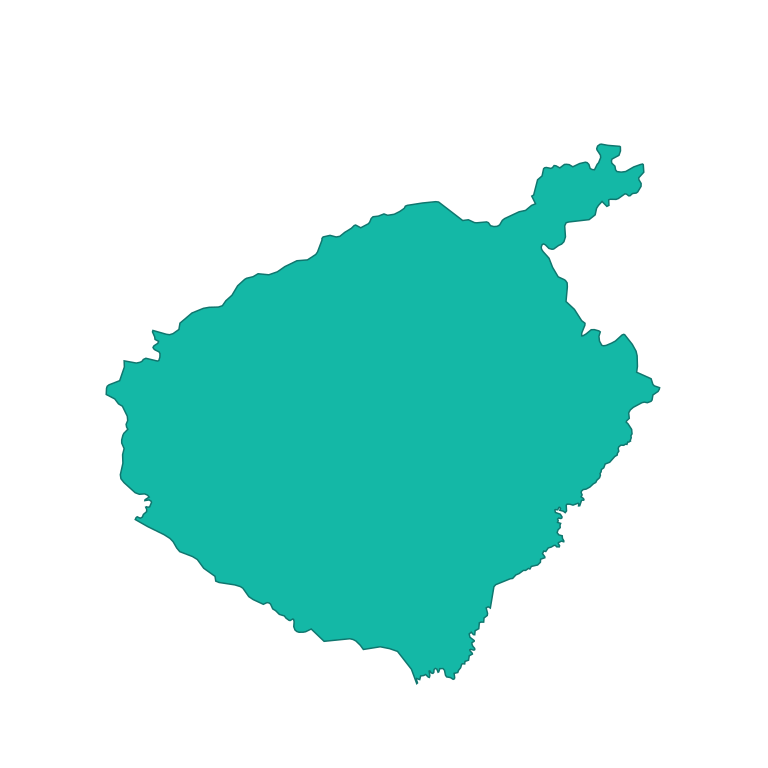 the district of Da Teh, Lâm Đồng, Vietnam, rotated 193°
{"feature_id": "81297802B88275273163475", "entity_name": "Da Teh", "entity_type": "district", "adm_level": 2, "iso_a3": "VNM", "parent_name": "Vietnam", "parent_adm1": "Lâm Đồng", "projection": "mercator", "projection_center": [107.482, 11.563], "detail": "fine", "context": "isolated", "style": "filled", "palette": "teal", "viewbox_px": 768, "rotation_deg": 193, "n_neighbors": 0, "source": "geoboundaries", "source_scale": "gbopen_adm2", "svg_char_len": 6169}
<svg xmlns="http://www.w3.org/2000/svg" viewBox="0 0 768 768"><g transform="rotate(193 384 384)"><path d="M284.7,99.4L284.1,100.3L286.1,103.5L286.0,104.4L282.7,104.0L282.6,107.8L279.7,108.9L278.1,110.3L275.0,108.4L273.8,108.3L273.7,110.1L275.5,114.4L274.9,114.8L273.0,113.1L271.3,113.0L270.6,114.1L271.0,117.1L270.1,118.4L268.4,118.1L266.5,115.3L265.9,115.8L265.6,119.2L262.5,120.0L260.7,118.7L258.6,114.1L257.1,112.7L253.3,112.9L250.2,111.8L249.1,112.6L249.1,113.9L250.6,117.8L247.2,119.5L247.0,121.7L245.5,124.8L245.3,128.3L244.5,129.1L242.4,129.4L242.7,131.9L239.5,133.9L239.8,138.4L237.1,140.7L237.4,141.5L240.3,143.5L240.6,144.4L239.8,145.0L236.5,144.9L235.8,145.6L236.2,146.8L238.5,148.5L239.8,150.3L240.1,151.8L238.3,153.5L238.4,154.3L243.3,156.6L244.8,159.6L243.2,161.8L240.5,159.9L239.2,160.1L239.7,164.1L236.6,166.9L237.4,172.8L236.0,173.8L233.3,174.4L233.9,178.5L231.3,181.7L231.5,183.8L234.1,188.8L232.4,190.4L230.0,189.6L231.3,211.2L230.0,213.6L217.2,222.6L214.9,223.5L212.5,227.7L209.7,229.7L206.3,233.7L204.0,234.3L201.8,236.8L200.2,236.6L199.4,239.4L193.6,242.2L191.5,245.5L192.0,248.5L188.2,250.9L188.5,251.9L191.4,254.4L190.8,257.1L188.7,257.2L187.1,261.2L184.4,262.7L182.0,265.0L180.7,265.3L179.1,264.2L176.6,264.7L176.5,265.9L178.3,267.8L178.4,268.6L175.8,270.8L173.4,270.7L173.4,271.5L175.4,273.7L176.2,276.2L179.6,276.3L181.9,278.1L181.6,281.1L180.0,283.7L180.8,286.2L180.5,287.9L183.8,288.2L183.5,290.0L184.5,291.4L183.7,292.7L181.4,292.7L180.6,293.4L180.6,294.5L182.9,296.8L188.1,297.4L189.2,299.7L188.8,300.2L186.4,300.5L185.9,303.0L185.1,303.4L184.0,302.5L184.3,300.5L180.7,300.4L178.5,299.4L177.6,301.4L179.2,306.9L178.6,308.1L175.8,308.7L172.6,308.5L168.1,311.5L167.3,311.2L167.0,309.0L165.9,309.4L165.4,314.6L164.9,315.4L163.3,315.7L163.2,316.4L163.9,317.3L166.6,318.4L166.0,320.5L167.5,322.6L167.5,324.0L166.1,326.0L163.5,327.0L160.2,329.9L157.5,333.9L155.5,335.7L155.0,338.0L152.9,341.1L152.6,343.8L153.4,345.3L152.7,347.2L152.9,349.6L151.0,351.8L150.5,355.8L146.5,358.5L142.8,365.3L140.8,367.2L141.0,369.1L140.1,371.3L141.3,373.8L141.1,375.6L139.4,377.7L136.6,378.2L135.2,379.7L133.7,379.8L133.5,382.2L132.4,382.5L131.0,383.9L131.4,384.3L131.0,387.2L131.8,389.2L131.1,391.2L132.5,395.5L137.4,400.2L139.4,401.3L139.3,402.6L137.3,405.7L139.1,410.9L138.2,414.1L135.9,417.3L128.5,423.8L126.3,424.9L123.2,425.0L119.9,427.2L119.2,428.7L119.5,433.8L115.3,438.4L114.6,440.8L114.6,442.4L120.2,443.0L121.9,444.1L124.9,449.2L140.5,452.3L141.0,458.1L143.7,468.4L145.8,472.7L151.0,478.5L160.6,486.2L161.6,486.3L163.1,485.3L168.2,477.9L171.5,475.0L176.2,471.6L178.7,470.6L180.5,470.7L183.7,474.3L185.3,478.8L185.0,483.4L186.5,484.1L191.3,484.3L194.3,483.5L198.3,478.3L201.0,475.7L202.2,475.4L202.8,478.2L201.5,486.4L201.8,488.4L205.7,490.2L215.3,499.6L225.2,505.3L227.2,519.9L228.3,523.7L230.5,525.7L232.1,526.3L238.4,527.6L246.0,535.6L251.5,543.7L258.9,548.9L260.8,550.8L261.6,552.8L261.3,555.3L260.1,556.4L258.0,555.9L253.8,553.2L250.6,553.1L249.0,553.7L245.0,558.3L242.4,560.3L240.7,563.1L240.3,568.2L243.5,578.7L242.8,582.1L240.5,583.4L221.1,590.3L216.3,596.3L216.4,603.0L215.2,606.3L212.6,610.9L206.8,607.2L205.0,608.7L206.5,614.0L205.1,614.9L199.4,616.1L197.4,617.4L192.0,623.5L190.2,623.5L188.0,622.4L186.7,622.7L184.7,625.5L181.2,626.8L180.0,628.2L178.0,634.4L178.6,637.3L181.6,640.4L182.2,642.2L178.5,648.8L180.7,656.0L181.5,656.5L183.4,655.6L189.5,651.7L196.3,645.4L200.5,643.8L204.8,643.4L206.5,644.7L208.0,648.2L211.7,650.4L212.6,652.6L212.4,654.5L206.5,659.7L206.0,664.3L207.0,668.2L207.8,668.6L219.5,666.9L226.2,666.6L227.5,666.1L229.4,663.9L229.7,661.3L229.2,660.1L224.6,655.7L223.8,653.3L224.7,647.8L225.7,646.0L227.1,640.1L229.6,639.8L231.6,640.4L233.7,644.0L235.9,645.4L237.7,645.4L243.0,642.8L248.9,638.1L252.9,639.4L255.7,639.1L257.6,638.5L261.3,634.1L265.6,635.3L267.4,635.1L268.5,632.7L269.9,631.6L274.5,631.5L276.0,630.9L276.9,629.7L276.8,622.3L280.3,617.5L280.7,601.8L282.3,600.3L276.9,593.7L280.4,591.2L285.1,585.0L291.1,582.2L303.7,572.3L305.5,570.1L307.1,565.0L309.2,563.1L312.4,562.1L315.8,562.2L318.6,564.7L320.5,565.0L330.0,561.9L332.1,561.6L338.7,563.0L344.1,561.0L371.7,573.6L374.6,573.3L387.3,569.0L401.5,563.3L403.2,562.1L403.8,559.7L407.4,555.7L412.2,551.7L418.4,549.2L422.3,549.7L427.3,546.3L432.3,544.5L433.7,542.4L434.3,538.7L435.2,536.7L441.8,531.0L447.4,532.5L448.7,531.7L450.8,528.4L456.4,522.9L460.2,518.0L463.7,516.5L470.0,516.7L476.4,513.6L477.2,511.9L476.8,510.2L478.5,497.6L479.6,494.9L486.5,487.7L496.6,484.5L507.0,476.1L513.2,469.3L520.8,464.5L531.5,463.1L535.7,459.1L541.7,456.1L543.3,454.6L548.7,446.8L552.1,436.3L556.8,429.6L559.1,423.9L562.7,421.7L571.6,419.4L577.0,417.1L587.1,410.0L596.5,397.4L596.1,391.0L600.9,385.6L604.0,383.8L607.2,383.5L621.2,384.2L621.3,382.7L618.1,378.4L617.1,375.9L613.3,374.9L613.5,372.8L616.7,369.5L617.3,367.7L616.3,366.5L614.8,365.7L610.4,364.7L609.1,363.2L608.4,359.7L608.7,356.2L609.9,355.4L621.8,355.5L624.1,353.7L624.6,352.1L626.2,350.5L630.0,348.7L642.4,348.1L640.8,342.1L642.3,327.8L651.8,321.3L653.2,319.5L653.4,317.4L652.3,311.3L643.0,308.9L638.2,304.9L633.9,303.5L626.9,294.9L625.5,290.7L626.2,286.7L625.1,284.1L623.4,282.3L626.4,277.4L626.9,275.2L627.0,270.5L626.3,267.5L622.7,262.6L622.8,256.3L620.6,248.1L620.5,236.3L619.0,232.5L615.1,229.4L602.0,222.1L597.6,221.5L592.5,223.1L589.4,222.5L587.4,221.0L590.8,217.5L590.8,216.6L586.8,218.2L584.7,217.5L583.9,216.4L584.7,211.6L586.3,210.8L587.7,211.0L588.5,210.4L587.0,208.4L586.6,206.2L589.1,202.8L589.5,200.0L591.3,198.4L594.6,199.1L595.5,198.0L595.9,196.0L582.2,191.9L564.3,187.7L557.8,185.4L554.0,182.9L549.0,177.5L545.3,174.7L531.8,172.8L526.4,171.0L518.2,163.9L505.4,158.6L503.6,154.1L500.1,153.5L484.2,154.7L478.4,154.3L475.6,153.3L467.9,146.4L462.9,144.5L452.0,142.2L448.8,144.7L446.8,144.8L445.1,144.1L441.8,139.8L438.7,138.8L434.2,136.0L428.9,135.6L426.8,133.8L423.4,132.4L422.3,132.4L420.0,134.5L419.1,134.3L418.1,132.1L417.3,127.2L415.4,124.3L413.2,123.2L411.0,123.0L406.9,124.0L404.6,125.0L399.8,128.9L384.5,119.8L360.0,128.1L356.7,128.1L353.6,127.3L348.3,124.1L344.4,120.7L328.6,127.1L319.0,127.4L310.7,126.5L293.1,112.2L284.7,99.4Z" fill="#14b8a6" stroke="#0f766e" stroke-width="1.5"/></g></svg>